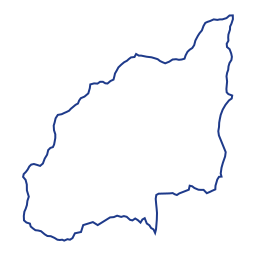 Guaíba, Rio Grande do Sul, Brazil (Equal Earth projection)
{"feature_id": "56859067B97108440127391", "entity_name": "Guaíba", "entity_type": "district", "adm_level": 2, "iso_a3": "BRA", "parent_name": "Brazil", "parent_adm1": "Rio Grande do Sul", "projection": "equal_earth", "projection_center": [-51.43, -30.165], "detail": "fine", "context": "isolated", "style": "outline", "palette": "blue", "viewbox_px": 256, "rotation_deg": 0, "n_neighbors": 0, "source": "geoboundaries", "source_scale": "gbopen_adm2", "svg_char_len": 2514}
<svg xmlns="http://www.w3.org/2000/svg" viewBox="0 0 256 256"><path d="M215.3,189.4L215.5,185.7L217.3,179.5L219.0,176.8L221.5,176.6L220.7,173.6L221.5,167.8L222.9,162.8L225.1,156.5L225.7,152.1L218.9,135.4L218.3,131.2L219.0,127.0L219.2,122.6L219.9,118.7L220.7,114.9L222.7,109.6L225.5,104.8L229.0,100.4L231.7,98.5L232.2,95.5L228.4,94.1L226.7,92.3L226.4,89.0L226.7,85.7L227.1,81.5L226.5,76.3L227.1,72.9L228.2,69.8L228.5,66.4L229.5,63.0L231.4,60.0L231.9,56.8L231.2,53.5L229.6,49.2L227.0,47.0L226.7,43.8L228.4,40.7L228.2,37.5L228.4,34.6L230.0,29.6L230.1,26.5L231.4,23.8L232.9,19.2L232.8,15.4L229.5,15.5L226.5,18.1L222.3,19.4L219.8,19.4L217.4,19.9L213.7,19.4L210.1,21.0L207.4,21.9L205.3,22.9L203.5,26.0L201.9,30.4L199.5,33.3L197.9,35.8L195.4,40.5L194.2,45.1L192.3,48.0L189.7,49.7L187.5,51.8L185.6,55.4L184.5,58.7L181.7,59.5L178.9,59.8L176.1,59.2L172.6,59.5L169.2,61.7L165.2,63.3L162.5,62.2L160.0,61.0L157.7,59.2L155.2,58.4L151.5,57.3L146.5,56.7L141.1,55.6L138.8,55.6L136.1,54.0L134.5,57.0L131.0,57.4L128.9,59.0L126.9,60.8L124.2,62.2L121.2,64.7L118.4,67.4L116.8,70.4L115.0,73.5L114.4,76.2L113.5,79.6L110.5,81.0L107.5,83.5L105.3,83.3L102.9,81.8L100.1,81.8L97.5,83.6L94.1,83.4L90.3,84.4L89.8,88.2L88.3,93.4L84.5,96.6L80.8,98.2L79.1,100.6L78.0,103.5L75.6,104.8L73.1,106.9L70.8,108.8L69.1,110.7L66.5,112.0L64.4,112.9L61.7,114.2L57.8,114.9L55.6,118.3L54.6,122.6L53.7,125.6L54.0,130.2L55.3,134.3L55.3,138.0L54.7,141.4L54.1,144.5L52.9,147.1L50.4,147.9L48.2,150.1L47.1,154.7L44.7,158.6L42.9,163.5L40.1,165.9L37.0,164.9L33.9,164.0L31.2,164.6L29.3,166.5L27.7,169.5L25.9,171.9L23.7,174.1L23.1,176.9L25.6,179.9L26.8,184.5L26.9,190.4L28.8,196.7L27.4,200.9L26.9,205.1L25.6,209.0L24.4,211.6L23.8,216.0L24.0,220.4L26.4,222.5L29.9,223.6L30.7,226.5L33.2,228.6L35.4,230.2L38.1,230.5L41.0,231.2L44.7,234.3L47.4,236.0L50.8,236.2L54.5,237.9L57.4,239.7L59.8,240.0L62.2,239.7L64.2,240.6L67.4,239.2L70.0,239.7L72.5,238.1L74.9,233.3L81.0,232.0L83.2,225.1L92.9,222.1L97.7,225.1L110.1,217.4L113.8,217.1L117.1,215.7L121.2,216.9L123.9,216.1L126.7,216.8L130.0,219.8L132.4,220.4L135.2,218.5L137.8,220.1L140.5,222.6L142.4,219.5L144.7,218.2L146.8,223.5L149.4,225.3L151.1,228.0L153.5,229.4L155.1,232.9L156.0,229.4L156.4,224.8L156.8,219.8L157.0,213.0L156.6,208.3L156.2,204.4L155.7,198.8L156.3,195.0L158.6,193.7L169.5,193.4L172.7,193.1L174.8,194.3L176.9,195.0L179.3,193.4L188.8,189.7L189.7,185.7L192.2,186.3L194.4,188.0L198.4,189.7L201.3,189.9L203.6,189.9L206.8,193.2L210.1,191.8L212.1,190.8L215.3,189.4Z" fill="none" stroke="#1e3a8a" stroke-width="2"/></svg>